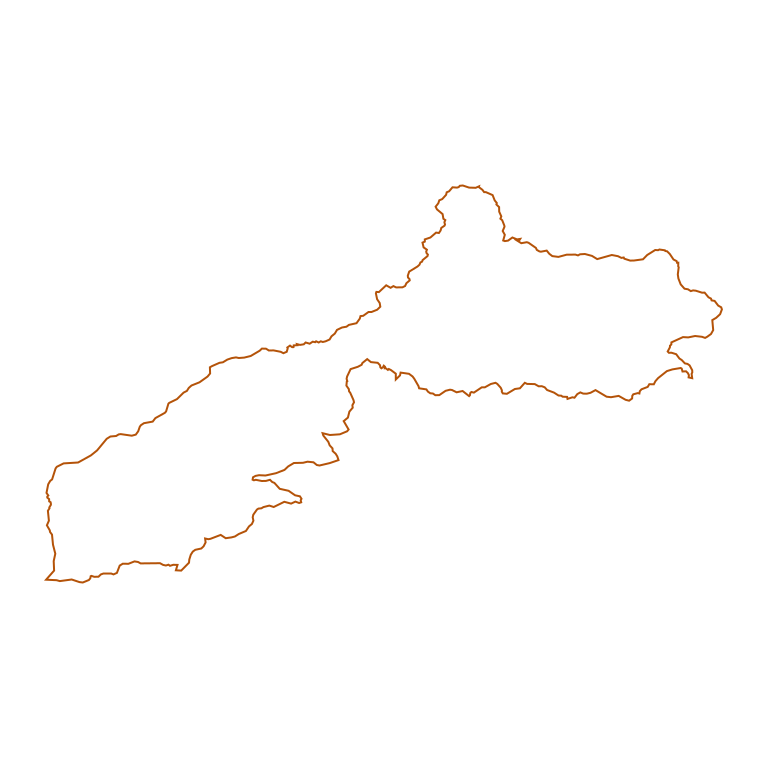 Cerbal, Hunedoara, Romania
{"feature_id": "2599482B29050657769983", "entity_name": "Cerbal", "entity_type": "district", "adm_level": 2, "iso_a3": "ROU", "parent_name": "Romania", "parent_adm1": "Hunedoara", "projection": "natural_earth1", "projection_center": [22.62, 45.762], "detail": "fine", "context": "isolated", "style": "outline", "palette": "amber", "viewbox_px": 768, "rotation_deg": 0, "n_neighbors": 0, "source": "geoboundaries", "source_scale": "gbopen_adm2", "svg_char_len": 6084}
<svg xmlns="http://www.w3.org/2000/svg" viewBox="0 0 768 768"><path d="M59.8,581.1L71.7,579.5L79.5,582.1L82.8,582.5L88.9,580.0L90.3,578.3L90.7,576.2L91.5,575.9L94.2,576.8L98.5,576.7L100.9,574.4L103.5,573.5L111.1,573.5L113.5,574.4L116.9,572.9L119.7,565.6L122.8,563.7L128.4,563.8L134.5,561.4L138.1,562.0L140.6,563.4L160.0,563.2L163.1,564.9L165.9,565.5L168.5,564.7L170.0,565.8L173.3,564.8L177.5,564.9L175.9,570.3L181.2,570.6L189.0,562.7L189.3,559.5L190.8,554.7L192.8,551.6L195.3,549.8L201.3,548.5L203.6,546.3L205.6,542.4L205.1,538.5L208.3,539.2L210.5,538.8L220.7,534.9L225.7,538.2L231.4,537.4L234.9,536.5L238.8,534.0L245.9,531.0L249.0,526.4L251.9,524.0L253.4,520.7L252.7,517.3L253.3,514.7L256.9,509.6L258.4,508.6L261.4,508.3L263.4,507.1L269.3,505.6L273.7,507.0L284.3,501.8L291.1,503.6L295.4,501.6L299.1,503.0L301.2,502.3L300.7,500.3L301.5,498.8L299.9,496.3L295.1,495.3L288.6,490.8L279.7,488.8L274.4,482.9L272.2,482.0L270.0,479.8L266.0,480.9L261.8,481.0L255.8,479.8L253.9,480.3L252.6,479.7L253.0,477.3L255.5,475.9L259.0,475.2L265.5,475.5L276.0,473.2L284.5,469.9L288.2,466.4L293.9,463.0L303.0,462.8L307.5,461.7L313.5,462.3L316.8,465.0L319.5,465.5L329.7,463.1L338.5,460.1L337.3,456.4L335.7,453.8L332.7,451.1L332.5,448.4L329.7,445.4L328.3,441.8L323.3,435.5L322.6,433.2L329.9,435.0L339.9,434.3L347.1,431.3L348.6,429.5L343.7,421.1L347.9,417.6L349.4,411.6L352.7,407.7L352.4,405.2L354.0,402.3L353.5,400.1L350.2,392.7L349.1,391.4L348.8,389.1L346.4,385.6L346.8,381.5L347.3,381.2L346.6,378.8L347.1,376.5L350.6,369.1L357.8,366.8L361.6,364.8L362.4,363.0L367.2,359.1L370.9,362.1L377.7,362.8L380.0,365.2L380.4,367.4L381.4,368.3L382.9,367.3L383.8,365.7L385.0,366.8L384.8,368.3L385.7,368.2L387.9,369.9L388.8,369.0L391.0,370.1L395.8,373.7L395.8,379.5L400.0,375.4L400.6,372.6L409.0,373.8L412.6,376.5L414.3,378.8L418.5,386.1L419.1,388.3L426.4,389.4L427.9,391.6L430.3,393.3L432.9,393.5L435.3,395.2L439.3,395.1L445.6,390.8L450.0,389.7L452.0,390.0L456.6,392.3L462.6,391.0L469.1,396.1L469.9,395.3L470.3,393.0L471.4,392.0L473.9,392.6L481.8,387.3L484.9,387.3L490.8,384.0L495.5,382.8L497.3,383.9L500.7,387.7L501.9,390.3L501.8,391.7L502.8,393.4L506.9,393.8L514.9,389.0L519.9,388.3L524.8,382.8L527.1,383.9L534.8,384.1L538.7,386.3L541.8,386.2L544.7,387.3L547.1,390.0L554.0,392.6L558.5,395.5L561.3,395.7L562.6,396.7L567.1,396.9L567.5,398.9L572.4,397.3L574.5,397.7L577.3,394.1L580.3,392.4L583.2,393.6L586.8,393.7L590.5,392.8L595.5,390.1L606.6,396.7L611.0,397.2L618.7,395.9L625.6,399.8L629.1,400.7L632.1,398.5L632.3,395.8L633.3,394.3L637.8,393.1L639.4,393.5L639.8,391.2L641.5,389.3L647.7,386.9L649.3,384.2L653.8,384.3L655.4,381.2L658.1,378.1L666.9,371.1L672.4,369.4L680.7,368.0L681.7,368.6L682.5,371.5L686.0,371.3L687.8,373.0L688.9,375.1L688.6,377.4L692.2,378.2L691.6,373.9L692.3,372.3L692.2,370.2L689.6,365.4L687.5,363.9L684.9,363.4L681.7,360.0L679.4,358.5L676.2,354.2L671.4,352.7L668.9,352.8L667.7,351.5L669.9,347.3L670.0,345.7L671.3,344.5L671.4,342.4L683.0,337.1L688.2,337.4L695.1,336.0L702.0,336.8L705.1,337.9L707.3,336.7L711.0,334.0L713.2,330.1L712.3,320.1L716.2,317.8L720.1,314.2L721.9,309.4L721.2,307.3L718.2,305.6L714.6,300.9L711.6,300.4L711.0,298.6L708.5,297.3L704.6,292.6L702.1,292.7L695.8,290.7L693.1,290.4L690.8,291.1L688.0,289.3L684.5,288.7L680.7,284.4L678.4,278.5L677.8,274.4L678.7,267.3L678.2,266.3L678.3,262.7L677.1,262.8L676.6,261.1L673.5,259.5L669.8,254.0L667.1,251.3L665.3,251.0L664.9,250.3L659.4,249.5L658.1,250.2L655.2,250.0L647.2,255.0L643.0,259.3L634.1,260.5L630.2,260.6L624.3,258.7L623.7,257.5L621.4,257.9L618.0,256.2L611.8,255.0L597.2,259.1L592.0,255.9L584.9,254.0L580.0,254.3L578.0,255.4L575.4,254.6L566.6,254.7L558.4,256.9L552.3,256.1L549.3,253.8L546.7,250.6L540.9,251.7L539.4,251.4L536.8,249.9L535.9,247.9L528.6,242.8L526.8,242.2L521.3,243.2L516.7,240.3L519.5,240.0L520.2,238.9L517.1,239.4L512.4,237.5L508.1,240.6L504.9,241.1L503.2,240.5L504.8,234.8L502.7,231.0L504.5,226.7L504.3,225.5L502.2,220.2L500.4,218.7L501.3,216.4L499.2,211.7L499.1,207.1L496.4,204.5L496.8,203.0L494.7,200.4L492.6,195.1L485.8,192.1L484.1,192.1L482.4,189.8L478.7,187.0L478.9,186.4L475.7,187.8L469.1,187.6L462.8,185.5L459.8,185.8L458.7,187.1L457.0,187.6L452.5,187.3L449.1,191.3L446.7,192.3L446.1,194.8L442.2,199.1L439.3,200.3L438.3,203.3L435.6,206.7L437.0,209.4L442.6,214.1L443.4,218.8L445.3,220.1L444.4,222.2L445.0,224.5L444.5,225.7L441.3,227.9L440.6,230.5L438.9,233.0L436.1,232.6L430.4,237.5L424.8,239.4L424.8,241.6L422.5,242.6L423.6,247.4L426.9,249.7L426.2,251.7L426.6,253.2L427.9,254.6L427.5,256.1L422.6,260.1L422.1,261.6L420.4,262.5L419.5,264.7L417.5,266.5L409.2,271.6L407.8,275.7L408.0,277.5L409.5,279.1L409.7,280.4L406.4,283.2L405.1,286.0L402.5,287.3L396.1,287.4L393.4,286.1L390.6,287.8L386.2,285.3L378.9,292.1L376.4,291.9L375.9,293.3L377.1,299.2L379.7,303.0L380.3,306.7L377.2,309.7L371.5,312.0L368.5,312.0L363.2,315.8L360.5,316.1L359.8,318.6L356.5,323.2L348.9,324.9L346.5,326.7L342.0,327.5L337.0,329.9L334.8,333.6L331.5,336.3L329.6,339.5L325.6,341.3L322.8,342.0L320.8,341.3L318.7,342.5L316.1,341.3L315.2,342.2L312.7,341.7L309.7,343.7L305.6,342.5L303.8,344.3L300.0,344.9L297.0,344.1L297.4,345.2L293.7,345.4L293.6,347.0L293.2,347.2L292.0,347.1L290.0,345.6L287.3,347.5L287.7,348.5L286.7,351.8L283.4,353.2L280.7,351.8L273.6,350.4L268.9,350.5L266.0,348.7L261.9,348.6L259.7,350.7L250.7,356.0L244.2,357.6L238.8,358.0L236.0,357.4L231.7,358.1L227.3,359.6L222.9,362.3L219.5,362.8L212.0,366.1L209.9,367.3L210.1,373.5L207.5,376.6L199.5,382.3L191.5,385.5L188.8,387.9L186.9,390.9L183.6,392.6L177.0,399.1L169.2,402.9L168.4,403.7L166.1,411.4L164.9,412.8L155.4,418.1L152.7,421.6L143.9,423.2L140.9,425.2L139.8,426.7L138.2,431.3L135.8,434.6L131.8,435.7L120.7,434.1L118.7,434.4L116.1,436.0L110.4,436.5L106.7,438.8L97.1,450.4L90.9,455.4L78.1,462.5L63.6,463.4L56.8,466.8L55.6,468.4L52.1,479.4L50.2,480.9L48.2,484.3L46.5,492.9L48.3,495.5L47.3,496.6L47.3,497.6L49.1,499.1L49.2,501.4L50.6,502.2L50.9,503.7L50.9,504.8L49.3,507.4L49.5,508.3L47.9,510.8L48.9,520.7L46.9,525.3L49.8,530.4L50.0,531.9L52.0,534.6L53.0,544.7L55.3,553.7L53.7,561.1L54.1,570.6L46.1,579.7L56.6,580.2L59.8,581.1Z" fill="none" stroke="#b45309" stroke-width="2"/></svg>